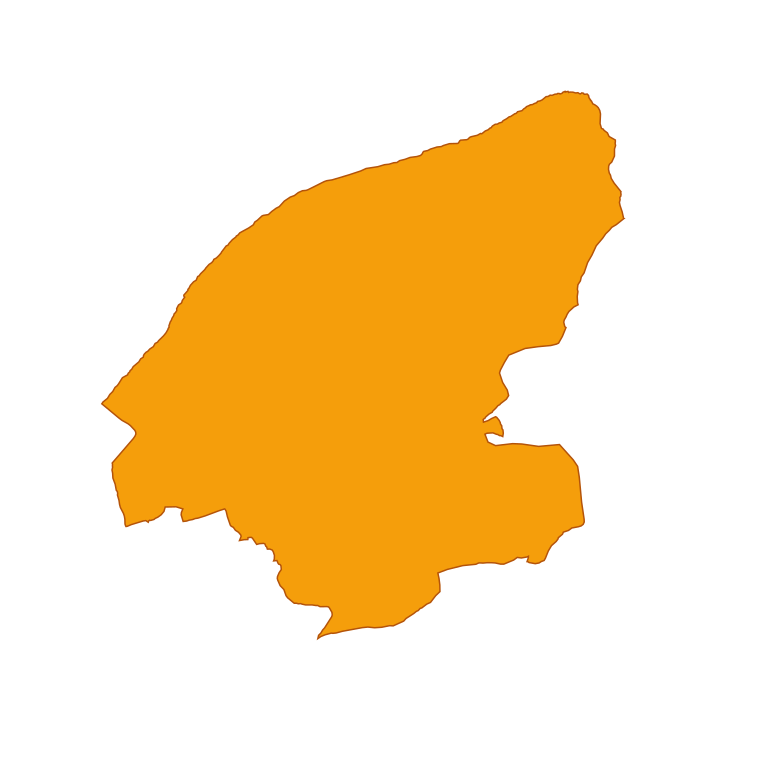 outline of Tsihombe, Androy, Madagascar, rotated 165°
{"feature_id": "10022922B95964642483948", "entity_name": "Tsihombe", "entity_type": "district", "adm_level": 2, "iso_a3": "MDG", "parent_name": "Madagascar", "parent_adm1": "Androy", "projection": "mercator", "projection_center": [45.465, -25.344], "detail": "fine", "context": "isolated", "style": "filled", "palette": "amber", "viewbox_px": 768, "rotation_deg": 165, "n_neighbors": 0, "source": "geoboundaries", "source_scale": "gbopen_adm2", "svg_char_len": 6166}
<svg xmlns="http://www.w3.org/2000/svg" viewBox="0 0 768 768"><g transform="rotate(165 384 384)"><path d="M97.4,559.8L102.1,564.4L102.6,565.1L103.2,568.7L105.9,572.2L106.2,573.4L107.6,574.4L107.8,574.9L107.9,579.6L105.0,588.8L104.8,592.3L105.5,595.4L106.5,597.2L108.1,599.1L109.8,600.6L110.4,603.7L111.1,604.3L110.9,604.7L111.7,606.8L112.0,608.3L111.7,608.9L111.8,609.9L112.7,611.5L115.3,611.9L115.8,612.2L116.0,613.2L117.6,614.0L119.2,613.4L120.1,613.9L121.3,615.2L123.5,615.5L126.0,617.0L129.0,617.9L130.2,617.8L130.5,619.0L133.2,619.1L133.1,619.7L133.5,619.8L135.7,619.5L136.8,618.7L138.9,618.6L139.6,619.3L141.1,619.7L142.0,619.3L143.9,619.7L146.9,619.3L148.8,620.0L151.0,619.3L153.1,619.6L157.7,617.5L159.8,617.1L162.6,617.2L163.7,616.2L166.3,616.0L168.1,615.5L170.6,615.8L171.1,615.5L174.8,615.0L175.3,614.4L177.8,613.6L180.0,612.3L184.5,612.4L186.2,611.2L187.7,611.2L192.5,609.6L193.9,609.7L196.9,608.5L200.8,607.5L202.5,606.3L205.3,606.3L207.2,605.7L209.4,606.1L212.6,605.1L214.2,603.8L215.3,603.8L217.7,602.6L220.7,602.2L224.8,600.4L225.9,601.0L229.5,600.1L235.9,600.3L237.5,600.0L239.7,598.7L241.0,598.6L246.9,599.7L248.0,599.2L249.6,597.6L250.7,597.3L258.6,599.2L264.9,599.0L267.2,598.5L271.5,599.2L273.3,599.1L278.4,598.9L281.3,598.2L285.4,598.4L286.4,597.8L287.4,596.5L289.5,595.3L293.3,595.2L300.1,596.1L305.5,595.6L311.1,595.7L314.2,594.6L317.3,595.2L322.2,595.0L326.7,595.7L333.7,595.5L345.5,596.8L351.4,595.8L363.6,595.1L381.3,594.6L386.7,595.2L389.3,595.0L407.4,591.3L409.2,591.2L412.8,591.8L417.2,591.1L421.8,589.2L426.2,588.8L432.9,586.5L439.3,582.4L442.7,581.7L447.8,579.7L451.8,577.6L457.0,578.1L458.4,577.9L464.0,574.9L466.9,573.9L469.0,571.6L474.4,569.7L484.0,567.4L486.8,565.5L488.3,565.2L489.1,564.3L493.0,562.7L497.2,560.0L498.8,558.5L500.7,558.2L506.9,553.4L507.4,552.7L510.4,550.7L513.3,549.1L516.2,548.4L516.8,547.4L519.0,545.8L522.0,544.8L525.9,542.3L527.6,540.8L532.6,538.0L534.7,536.3L536.2,536.0L538.5,532.9L541.5,532.0L545.5,529.4L547.6,527.0L548.9,526.2L549.2,525.1L554.2,521.8L554.5,521.2L554.5,520.3L554.0,519.5L557.2,516.9L558.2,515.2L559.0,514.5L562.0,513.5L563.5,511.9L564.8,510.4L565.1,508.6L567.1,506.8L568.4,506.2L569.6,504.3L571.6,502.5L573.1,500.4L574.3,499.4L576.7,495.8L576.9,494.4L578.1,493.6L578.4,492.8L581.4,489.8L584.6,487.5L590.5,484.2L591.9,483.0L594.6,482.4L597.1,479.8L601.2,478.4L603.8,476.7L605.5,476.3L607.7,475.0L608.8,473.9L609.6,472.2L612.5,471.3L615.1,468.8L621.7,465.7L623.9,463.5L625.8,462.6L626.5,461.5L628.3,460.6L629.3,459.2L635.0,457.8L640.5,452.7L642.2,451.4L644.7,450.3L648.0,446.9L651.5,444.9L654.8,441.7L660.0,439.4L661.7,437.9L648.9,419.8L646.5,416.7L641.4,411.7L639.7,409.4L636.7,403.8L636.3,402.0L636.6,399.9L638.1,398.0L640.4,396.1L667.0,378.0L667.1,376.2L667.6,375.1L667.6,374.1L669.0,371.3L669.2,368.2L670.2,363.3L669.6,356.8L670.1,350.6L669.4,349.1L669.7,346.7L670.2,345.9L670.1,340.0L670.6,336.2L670.6,332.9L669.2,326.6L669.0,323.7L669.3,320.4L670.4,315.8L670.3,313.8L670.1,313.1L668.8,313.0L664.4,313.6L652.1,314.0L649.4,313.7L647.5,311.5L646.6,312.7L645.7,313.1L644.7,312.6L641.2,312.7L639.7,313.4L636.9,313.9L633.0,315.4L629.5,317.9L627.2,321.8L616.6,319.2L610.6,315.4L612.9,312.4L613.8,310.1L613.6,303.2L610.0,302.7L607.4,302.9L603.9,302.6L601.3,302.9L598.4,302.6L590.8,302.9L576.2,304.3L570.3,304.6L570.0,304.3L569.4,302.1L569.6,296.3L569.0,287.5L568.4,286.2L566.6,284.5L565.4,281.2L562.9,278.4L561.4,275.2L561.5,273.7L564.1,270.2L559.3,269.8L555.8,269.0L555.1,270.8L552.0,270.3L551.0,269.2L548.5,262.0L545.5,262.0L541.5,261.2L540.4,260.3L540.2,258.0L539.5,257.0L539.4,254.7L537.0,254.1L535.0,252.6L534.4,250.8L534.2,246.8L535.3,243.2L536.4,241.7L533.1,241.2L532.8,238.6L532.4,237.3L531.0,236.4L530.6,235.1L531.2,231.4L534.1,228.9L536.7,225.6L537.4,223.8L537.4,222.0L536.5,216.1L533.9,211.4L533.4,204.9L532.4,202.4L527.5,195.5L525.3,194.9L523.7,193.9L521.2,193.4L520.2,192.6L516.9,190.9L510.6,189.2L507.2,187.7L505.3,187.2L503.6,185.6L502.8,185.3L496.8,183.8L495.3,183.1L494.7,181.9L493.4,176.9L493.8,174.2L494.9,172.6L504.5,163.8L507.0,162.2L509.4,159.8L512.2,158.2L513.8,155.2L510.4,156.4L505.9,157.0L499.4,157.0L497.9,156.4L494.7,155.9L488.0,155.9L468.1,154.3L462.5,153.4L456.2,151.0L449.1,149.6L441.1,149.1L437.7,148.0L426.3,149.9L423.4,151.8L414.7,154.6L411.6,156.0L409.6,156.3L407.1,157.9L405.5,157.9L399.7,160.3L395.6,161.0L388.8,166.2L383.7,169.0L382.1,175.4L381.2,181.9L380.9,187.5L370.8,188.5L354.9,188.2L341.9,186.1L339.0,186.6L337.8,186.4L334.7,185.4L330.6,184.7L326.3,183.5L323.0,182.4L318.1,179.9L314.8,179.0L304.3,180.4L300.2,182.0L296.3,180.4L290.6,179.9L289.1,180.2L289.6,178.7L291.8,175.4L290.9,175.0L290.1,174.0L284.4,171.3L280.5,171.0L278.0,171.8L275.0,172.1L273.2,173.9L268.5,180.2L264.1,184.5L258.5,187.3L256.1,189.2L255.4,190.4L250.5,192.7L249.1,194.5L243.7,194.8L239.8,196.3L233.2,195.8L230.3,195.9L227.9,196.9L226.3,198.9L225.7,201.6L223.7,218.8L219.5,243.4L218.3,254.3L220.8,261.6L230.2,280.1L250.8,283.7L266.5,290.4L275.2,293.1L292.2,295.6L298.6,301.0L299.5,309.4L297.2,309.8L291.4,308.6L288.5,306.4L287.1,305.7L285.8,304.3L284.4,303.8L282.9,302.5L281.5,305.6L281.0,308.9L281.6,310.3L281.1,313.2L281.8,315.1L281.7,316.7L282.2,319.2L283.8,322.7L284.7,323.5L289.0,322.8L292.9,321.7L297.8,321.4L297.4,324.0L296.3,324.6L295.6,324.6L294.2,325.9L290.3,327.8L286.8,328.7L285.9,329.7L282.1,331.8L279.6,333.6L277.5,334.1L276.4,334.9L269.7,337.7L266.6,340.6L266.5,346.2L269.0,354.8L269.6,364.7L267.9,367.4L262.1,373.7L256.0,379.6L238.5,381.8L225.7,380.2L212.9,378.0L207.1,377.9L204.8,378.3L199.4,383.8L193.6,391.4L194.5,392.6L194.4,397.2L193.3,399.2L190.8,401.7L189.1,403.9L186.6,406.2L180.6,409.3L176.0,410.3L176.0,412.5L174.7,418.5L172.8,423.0L172.7,425.5L171.0,429.7L167.6,432.8L165.7,436.4L162.0,439.5L155.9,448.6L149.8,454.7L143.2,462.6L135.1,468.2L131.0,471.7L126.5,474.2L123.4,476.4L118.4,477.8L109.5,481.7L109.7,481.8L109.4,488.5L109.8,495.4L109.6,498.5L108.3,500.8L107.9,503.2L106.7,504.1L105.9,506.0L105.9,507.4L105.3,508.4L109.7,518.4L111.3,523.8L111.2,527.1L111.8,529.5L111.6,533.2L110.5,536.5L109.3,538.0L106.6,539.4L102.4,544.5L100.5,551.4L98.6,554.4L98.4,557.0L97.9,557.8L97.4,559.8Z" fill="#f59e0b" stroke="#b45309" stroke-width="1.5"/></g></svg>